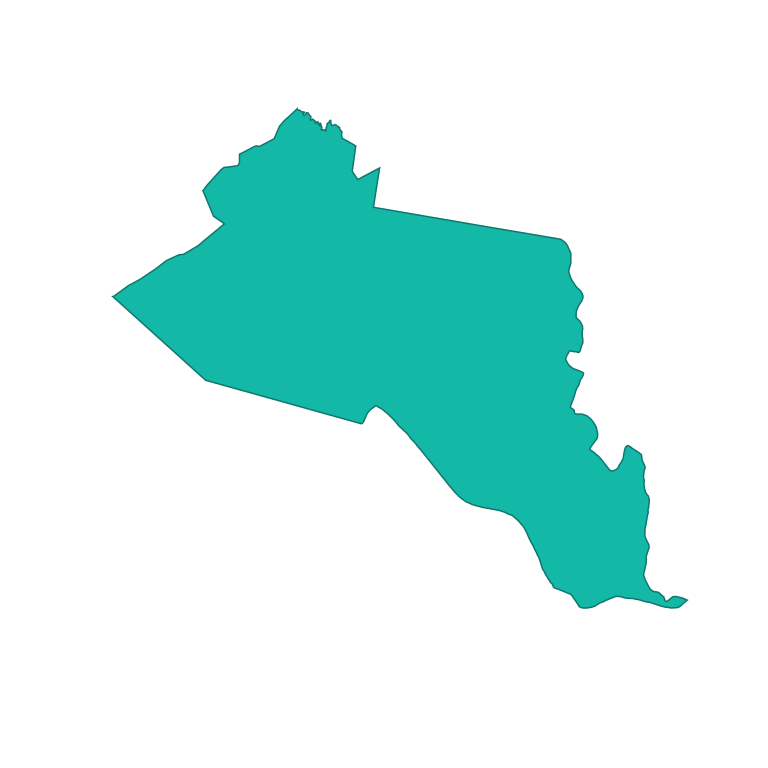 Luampa, Western, Zambia (Equal Earth projection), rotated 346°
{"feature_id": "96606910B75659295397669", "entity_name": "Luampa", "entity_type": "district", "adm_level": 2, "iso_a3": "ZMB", "parent_name": "Zambia", "parent_adm1": "Western", "projection": "equal_earth", "projection_center": [24.874, -15.433], "detail": "fine", "context": "isolated", "style": "filled", "palette": "teal", "viewbox_px": 768, "rotation_deg": 346, "n_neighbors": 0, "source": "geoboundaries", "source_scale": "gbopen_adm2", "svg_char_len": 6140}
<svg xmlns="http://www.w3.org/2000/svg" viewBox="0 0 768 768"><g transform="rotate(346 384 384)"><path d="M590.7,324.8L590.4,320.6L590.6,318.8L594.6,311.8L595.5,307.7L596.6,303.9L596.8,302.8L596.7,301.0L596.0,297.5L595.5,294.4L594.9,292.4L593.9,290.4L590.7,286.4L522.9,256.8L416.5,210.0L432.0,173.3L408.0,179.2L404.6,170.0L414.2,146.2L402.8,135.3L403.1,132.3L403.4,131.4L403.8,129.7L404.2,129.2L403.7,128.7L403.3,127.2L402.8,126.4L402.7,125.3L402.9,124.2L402.3,123.7L401.9,123.7L401.8,123.2L400.8,121.9L399.8,120.8L399.4,120.5L399.0,120.4L398.6,120.6L397.2,120.6L396.5,120.8L396.2,120.7L395.6,120.1L395.6,119.8L395.7,119.0L395.6,118.4L395.8,116.5L396.1,115.7L396.1,115.4L395.5,115.2L395.4,115.2L395.3,115.4L394.6,115.9L394.2,116.4L393.2,117.2L392.8,117.4L392.4,117.3L392.0,117.4L391.8,117.8L391.3,119.1L390.7,120.1L390.1,121.1L389.5,122.1L389.1,123.7L389.0,124.1L388.9,124.3L388.6,124.4L388.2,123.5L387.9,123.2L386.2,122.4L385.7,122.6L385.3,123.0L385.2,123.0L385.1,122.5L384.7,122.0L384.7,121.7L385.2,121.0L385.8,120.0L385.9,119.8L385.6,119.1L385.5,118.2L385.5,116.6L385.4,115.7L385.0,115.7L384.7,115.8L384.7,116.3L385.0,117.0L384.8,117.6L384.4,118.1L384.1,117.6L383.8,116.6L383.1,115.6L383.2,115.1L383.4,115.0L383.5,114.7L383.5,114.1L383.2,113.5L382.4,113.6L382.1,113.8L381.7,114.3L381.3,114.2L381.0,113.9L380.4,113.9L380.5,113.4L380.5,112.9L380.6,112.7L380.8,112.7L380.9,112.3L380.3,111.9L379.9,111.4L379.4,110.1L378.9,109.9L377.9,109.9L377.5,110.4L376.6,110.1L376.5,109.7L376.6,109.3L377.4,108.0L377.7,106.4L377.1,106.0L376.9,105.7L376.3,104.1L376.1,103.0L375.0,102.1L374.6,102.0L373.3,103.3L372.9,103.8L372.1,104.1L371.3,103.9L371.0,103.5L370.7,102.3L370.7,102.0L370.8,101.8L371.1,101.7L371.7,101.8L372.5,101.7L372.6,101.4L372.4,100.9L371.9,100.5L370.7,100.3L370.0,99.9L369.6,99.6L368.6,98.2L367.2,97.3L366.2,97.0L365.9,96.5L366.1,96.1L356.1,101.7L351.4,104.1L349.0,105.7L344.9,108.7L336.8,119.4L320.9,123.3L317.6,122.1L316.1,122.1L301.2,125.7L299.6,125.9L299.3,126.4L297.4,133.9L297.2,134.3L295.5,136.2L295.1,136.5L294.4,136.7L288.2,136.1L285.2,135.8L281.1,135.2L279.9,135.7L277.8,136.6L260.0,148.6L255.8,152.3L255.5,152.5L255.1,152.5L259.1,179.4L259.3,180.1L267.7,189.7L267.8,190.0L244.2,201.3L237.4,204.7L221.2,209.6L220.5,209.6L216.5,209.1L215.8,209.1L203.4,211.5L202.3,211.8L189.5,217.4L187.2,218.2L172.3,223.5L160.2,226.6L143.3,233.4L142.7,233.6L142.0,233.5L211.9,337.3L352.4,417.1L353.1,417.0L354.8,416.0L360.5,408.6L364.0,405.9L370.7,403.1L371.6,403.5L372.9,405.0L373.9,405.8L376.6,408.6L380.3,413.6L381.7,416.0L383.5,418.7L385.9,423.0L387.8,427.3L388.8,429.2L391.0,432.2L392.4,434.7L393.7,436.4L395.4,439.7L397.1,444.0L399.4,447.8L400.6,450.1L401.0,451.4L402.0,453.6L403.6,456.5L422.9,498.7L424.1,501.0L425.5,504.0L427.0,506.9L428.6,509.5L429.1,510.6L432.2,514.7L433.8,516.6L435.3,518.2L438.8,520.9L439.9,521.9L444.4,524.6L450.5,527.9L452.3,528.6L453.9,529.5L455.8,530.2L457.3,531.0L462.3,533.2L466.3,535.2L470.0,537.6L472.7,539.9L476.6,542.6L479.7,546.9L481.6,549.8L483.2,553.2L484.5,555.4L485.6,559.0L486.7,563.5L487.3,568.1L487.9,570.5L488.3,572.8L489.7,577.6L490.6,582.7L491.2,584.7L491.4,586.6L492.0,588.6L492.4,590.8L493.0,600.8L493.3,602.7L494.1,604.7L494.8,608.4L495.5,610.1L496.1,612.4L496.9,614.3L497.4,616.3L498.1,617.8L498.8,618.6L499.4,622.4L499.8,622.9L503.4,625.3L503.6,625.3L503.7,625.5L514.7,633.5L519.2,645.7L519.5,646.6L519.4,647.1L520.7,648.2L521.9,649.0L523.2,649.6L526.5,650.4L529.2,650.7L531.5,650.8L535.3,650.5L536.8,649.9L540.8,648.6L542.4,648.4L544.4,648.3L547.0,647.6L550.8,647.1L551.9,646.7L553.0,646.8L554.8,646.6L556.0,646.3L558.1,646.2L562.1,647.6L565.2,649.4L568.1,650.7L574.0,652.5L575.3,653.3L578.8,654.8L585.4,658.7L589.3,660.3L599.5,666.8L601.6,667.8L602.9,668.6L605.1,669.3L608.7,670.9L614.2,671.9L615.3,671.9L616.4,671.7L618.8,670.8L619.9,669.9L621.1,669.4L626.0,667.1L624.8,666.1L621.5,663.7L616.7,661.2L614.2,660.4L612.5,660.4L606.4,663.3L605.3,663.2L604.5,662.5L604.1,660.3L604.0,658.5L603.3,657.4L601.8,655.5L601.2,654.2L600.1,652.8L598.9,652.0L596.0,650.9L594.4,649.8L592.5,647.1L591.6,643.7L590.1,637.4L589.7,632.2L590.1,630.9L591.5,628.3L594.0,623.2L595.0,621.3L595.9,618.3L596.1,618.1L596.5,615.5L597.0,614.2L597.8,613.0L598.9,611.1L601.5,607.2L602.1,604.6L601.7,602.2L600.9,598.9L600.4,596.1L600.5,593.7L602.4,587.0L603.9,584.6L605.2,581.1L605.9,579.8L606.9,577.4L607.2,576.4L609.3,572.6L609.5,571.2L609.4,570.5L610.6,568.4L611.5,566.3L612.9,562.3L613.4,560.2L613.5,558.3L613.2,556.2L612.4,554.8L611.6,552.3L611.5,548.6L611.9,544.2L612.3,543.2L613.2,540.4L613.3,539.8L613.2,539.0L612.9,538.3L613.7,535.7L614.6,533.1L615.5,530.9L616.8,529.2L617.3,527.4L617.0,525.1L616.5,523.2L616.1,520.8L616.1,519.6L616.6,515.8L616.5,514.6L614.6,512.1L613.3,510.6L610.4,507.7L609.4,506.6L608.5,505.3L607.4,504.1L606.3,503.1L605.1,502.7L603.8,503.2L602.5,504.5L601.2,506.9L599.9,509.7L598.0,514.3L594.7,517.8L592.7,519.5L591.3,521.4L589.3,522.9L587.6,523.4L585.1,523.7L583.7,523.4L582.7,522.8L581.8,521.4L577.7,512.1L575.8,508.0L574.0,505.1L572.8,503.8L571.7,501.8L568.0,497.5L567.8,496.7L568.5,496.1L570.0,494.6L577.2,488.7L578.1,487.6L579.1,484.6L579.4,483.2L579.3,480.3L579.4,479.9L579.5,477.1L577.7,471.1L575.8,467.4L572.9,463.6L571.2,462.7L569.7,461.6L568.2,460.9L564.3,460.0L562.5,459.3L561.8,458.1L561.9,456.8L562.2,455.7L561.7,454.6L559.4,452.1L559.2,451.4L559.7,450.6L565.2,442.6L568.5,436.9L570.9,433.7L572.0,433.0L573.6,430.9L574.5,429.1L576.3,426.8L579.0,424.2L580.1,422.2L580.2,421.5L579.4,420.6L578.5,420.0L576.7,418.4L573.9,416.6L571.2,414.7L569.0,412.0L567.7,409.8L567.4,408.6L566.8,406.9L566.7,406.1L566.1,404.1L567.3,402.1L568.7,400.1L569.3,399.4L569.7,399.2L570.1,398.9L571.1,397.6L572.1,397.0L573.3,397.0L574.1,397.7L575.3,397.9L575.9,398.6L578.1,399.1L580.5,400.6L581.7,399.9L582.2,399.5L585.4,394.0L587.1,391.8L587.1,391.4L587.7,388.5L588.0,385.5L589.0,381.0L590.0,379.1L590.6,375.7L589.6,371.2L586.5,365.8L587.9,360.7L589.1,358.7L589.5,358.1L590.2,357.1L591.4,355.6L593.7,353.3L595.8,351.5L598.0,348.2L598.4,346.5L598.1,343.9L597.5,341.9L596.9,340.4L595.7,338.8L594.5,337.0L593.7,335.3L591.3,328.4L590.7,324.8Z" fill="#14b8a6" stroke="#0f766e" stroke-width="1.5"/></g></svg>